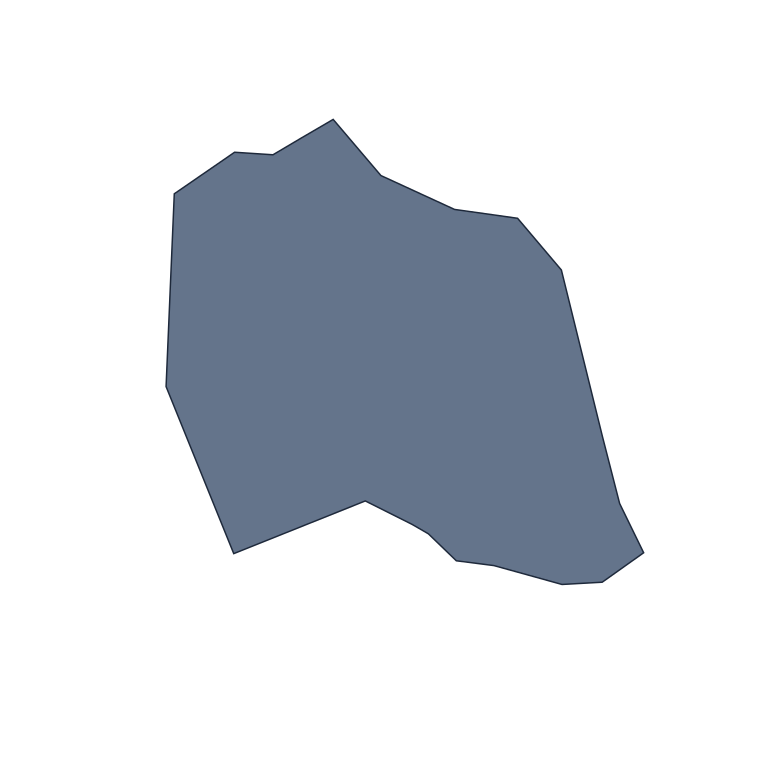 outline of Fria, rotated 244°
{"feature_id": "GIN-5638", "entity_name": "Fria", "entity_type": "Prefecture", "adm_level": 1, "iso_a3": "GIN", "parent_name": "Guinea", "parent_adm1": "", "projection": "mercator", "projection_center": [-13.527, 10.477], "detail": "fine", "context": "isolated", "style": "filled", "palette": "slate", "viewbox_px": 768, "rotation_deg": 244, "n_neighbors": 0, "source": "natural_earth", "source_scale": "10m", "svg_char_len": 435}
<svg xmlns="http://www.w3.org/2000/svg" viewBox="0 0 768 768"><g transform="rotate(244 384 384)"><path d="M297.4,174.6L477.2,187.0L646.9,278.9L657.8,351.3L638.7,384.7L641.4,418.1L644.1,454.3L572.7,472.6L510.0,523.9L474.4,576.7L408.7,593.4L241.0,557.3L173.3,543.4L118.5,543.4L110.2,493.2L125.8,456.1L172.6,403.2L193.4,371.5L229.9,358.2L245.5,347.7L287.1,315.9L297.4,174.6Z" fill="#64748b" stroke="#1e293b" stroke-width="1.5"/></g></svg>